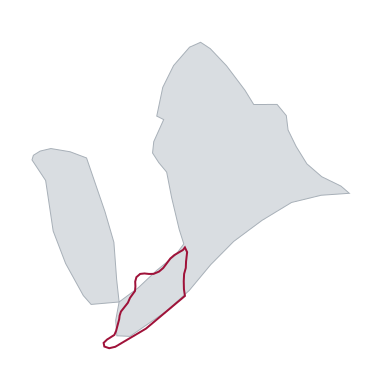 location of Brunei and Muara within Brunei, rotated 175°
{"feature_id": "BRN-1182", "entity_name": "Brunei and Muara", "entity_type": "District", "adm_level": 1, "iso_a3": "BRN", "parent_name": "Brunei", "parent_adm1": "", "projection": "natural_earth1", "projection_center": [114.909, 4.894], "detail": "fine", "context": "in_parent", "style": "outline", "palette": "rose", "viewbox_px": 384, "rotation_deg": 175, "n_neighbors": 0, "source": "natural_earth", "source_scale": "10m", "svg_char_len": 1283}
<svg xmlns="http://www.w3.org/2000/svg" viewBox="0 0 384 384"><g transform="rotate(175 192 192)"><path d="M274.2,88.8L253.9,101.3L234.0,117.0L214.0,130.5L204.7,141.0L208.0,155.8L212.8,188.4L215.5,214.0L222.5,224.1L227.9,234.3L225.7,245.5L213.9,266.6L220.5,270.7L212.0,298.8L199.3,319.6L181.8,336.5L170.4,340.4L161.3,333.2L146.6,314.7L130.4,288.8L122.9,273.8L99.6,271.8L91.4,259.9L90.9,245.4L84.3,228.3L75.1,210.0L61.4,195.9L43.1,184.9L35.4,177.0L63.7,177.5L93.8,172.9L124.8,157.6L154.7,139.2L179.7,118.0L203.3,94.2L228.0,75.4L266.4,53.6L279.4,55.3L279.2,70.8L274.2,88.8ZM302.3,88.8L309.3,98.3L324.1,131.7L333.7,165.2L336.8,216.2L348.6,237.9L346.8,242.4L339.7,246.0L328.8,247.6L309.9,242.7L294.1,235.1L280.4,179.9L274.2,148.7L274.7,111.4L274.2,88.8L302.3,88.8Z" fill="#d9dde1" stroke="#a8b0b8" stroke-width="1"/><path d="M263.0,91.9L257.4,98.4L256.6,102.9L256.4,107.7L254.8,112.0L250.8,114.9L246.5,115.0L241.9,114.1L237.4,113.8L231.8,115.6L227.3,118.8L219.3,127.7L215.1,130.7L206.0,135.1L203.9,137.4L202.1,132.5L204.0,123.2L204.8,116.9L207.0,111.1L208.0,103.8L208.5,95.9L208.1,89.1L249.8,59.9L281.9,44.5L288.1,43.6L292.8,45.7L293.2,49.4L289.5,52.4L281.8,56.4L279.7,60.3L275.6,71.7L274.9,75.1L273.2,79.1L265.5,87.3L263.0,91.9Z" fill="none" stroke="#9f1239" stroke-width="2"/></g></svg>